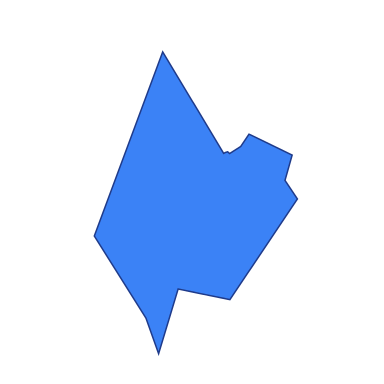 Pavussu, Piauí, Brazil (Equal Earth projection), rotated 341°
{"feature_id": "56859067B97790054210701", "entity_name": "Pavussu", "entity_type": "district", "adm_level": 2, "iso_a3": "BRA", "parent_name": "Brazil", "parent_adm1": "Piauí", "projection": "equal_earth", "projection_center": [-43.283, -7.908], "detail": "fine", "context": "isolated", "style": "filled", "palette": "blue", "viewbox_px": 384, "rotation_deg": 341, "n_neighbors": 0, "source": "geoboundaries", "source_scale": "gbopen_adm2", "svg_char_len": 455}
<svg xmlns="http://www.w3.org/2000/svg" viewBox="0 0 384 384"><g transform="rotate(341 192 192)"><path d="M85.3,201.8L107.4,296.3L107.8,334.0L147.3,279.2L165.8,290.2L192.8,306.1L219.0,286.2L223.2,283.1L280.0,240.0L289.4,232.9L283.7,211.3L298.7,189.7L266.2,157.3L264.7,155.9L252.9,164.8L240.1,167.9L238.8,165.6L236.5,165.5L234.5,165.8L222.5,109.0L221.9,106.6L209.9,50.0L201.2,60.6L85.3,201.8Z" fill="#3b82f6" stroke="#1e3a8a" stroke-width="1.5"/></g></svg>